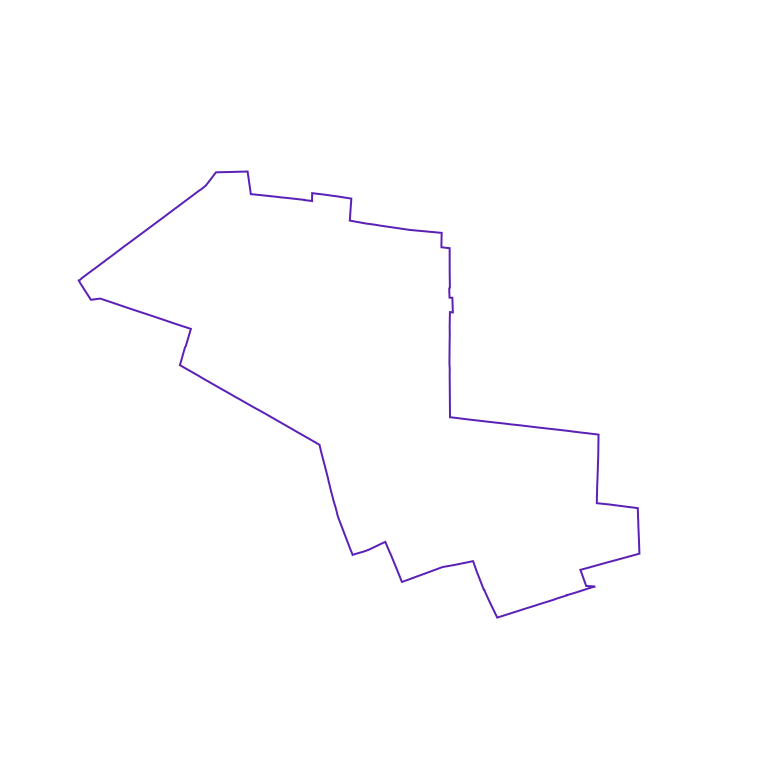 outline of Glodeanu-Silistea, Buzau, Romania, rotated 37°
{"feature_id": "2599482B12439235615588", "entity_name": "Glodeanu-Silistea", "entity_type": "district", "adm_level": 2, "iso_a3": "ROU", "parent_name": "Romania", "parent_adm1": "Buzau", "projection": "robinson", "projection_center": [26.776, 44.841], "detail": "fine", "context": "isolated", "style": "outline", "palette": "violet", "viewbox_px": 768, "rotation_deg": 37, "n_neighbors": 0, "source": "geoboundaries", "source_scale": "gbopen_adm2", "svg_char_len": 3887}
<svg xmlns="http://www.w3.org/2000/svg" viewBox="0 0 768 768"><g transform="rotate(37 384 384)"><path d="M99.3,493.1L105.3,487.2L106.1,486.5L110.3,485.1L116.3,483.1L117.4,482.7L125.4,480.1L136.0,476.6L155.2,470.1L172.6,464.3L179.7,462.0L187.0,459.5L196.6,456.2L202.8,472.7L203.1,474.7L203.4,475.5L206.4,483.3L208.7,489.2L209.1,490.2L209.6,491.6L209.7,491.8L212.5,491.4L213.5,491.3L220.4,490.4L228.3,489.4L229.9,489.2L234.5,488.7L238.6,488.2L244.6,487.4L248.8,486.9L256.7,485.9L261.1,485.3L268.8,484.3L271.6,484.0L277.7,483.1L278.5,483.0L283.3,482.4L292.8,481.2L302.9,479.7L319.4,477.6L345.8,474.3L357.4,472.8L369.1,471.4L372.6,474.3L374.0,475.5L383.8,483.3L384.0,483.4L391.9,489.7L394.5,491.8L396.3,493.2L398.2,494.9L401.8,497.8L406.2,501.5L410.4,504.7L413.8,507.5L416.7,509.6L419.6,511.7L420.2,512.2L422.8,514.2L425.0,516.1L425.8,516.7L427.8,518.1L428.2,518.4L456.2,536.0L460.6,538.6L461.3,539.0L461.8,539.4L462.9,537.7L466.7,532.6L468.1,530.8L470.9,526.6L471.3,526.1L478.1,512.9L478.5,512.1L480.1,509.3L480.9,509.8L488.8,514.4L490.8,515.4L491.1,515.6L493.2,516.8L498.6,520.0L508.2,525.7L517.4,531.3L517.5,531.3L526.7,517.0L534.8,504.5L540.7,495.3L542.0,493.8L546.2,489.3L550.0,485.2L553.8,480.9L555.6,478.9L558.9,475.1L561.7,471.9L562.3,472.3L562.7,472.5L570.5,477.7L572.3,478.8L579.4,483.2L584.7,486.5L586.9,487.8L587.5,488.3L587.9,488.0L588.9,488.6L589.3,488.9L592.8,490.8L598.1,493.7L602.2,495.8L615.0,502.4L621.1,493.9L627.1,485.4L631.6,479.0L637.5,470.8L640.9,465.9L646.4,458.3L649.4,454.1L649.7,453.7L649.9,453.1L652.6,449.3L656.0,444.5L657.3,442.7L657.0,442.4L658.0,441.5L659.0,440.1L661.6,436.6L665.8,430.7L669.7,425.1L673.4,419.9L674.1,419.4L673.8,419.1L667.0,423.6L652.7,414.2L656.7,409.1L669.4,392.5L674.7,385.7L680.9,377.7L690.1,365.8L681.7,355.4L672.5,344.2L668.8,339.5L666.7,337.1L665.4,335.4L664.3,334.0L663.2,332.7L663.0,332.4L662.0,331.2L661.8,330.9L661.4,330.4L655.6,333.7L649.9,337.0L647.9,338.1L642.1,341.4L636.3,344.7L625.7,351.1L622.4,346.6L616.6,338.5L615.8,337.4L612.0,331.9L605.7,322.9L598.5,312.7L593.4,305.7L585.8,295.3L583.9,296.4L580.3,298.5L576.7,300.6L575.7,301.1L572.6,303.0L564.3,307.8L560.2,310.1L549.6,316.3L540.2,321.9L531.0,327.3L517.2,335.3L513.9,337.3L512.6,338.1L509.6,339.9L505.2,342.4L498.9,346.1L496.8,347.4L492.2,350.1L487.6,352.8L474.0,360.8L466.9,364.9L463.9,366.6L456.7,370.8L444.3,354.6L431.5,337.9L427.1,332.0L423.8,328.1L423.5,327.7L415.6,317.0L408.6,307.5L408.5,307.3L407.9,306.5L406.2,304.2L402.4,299.3L397.5,292.6L393.4,286.9L395.9,285.4L386.7,274.0L384.4,275.6L380.7,271.1L378.5,268.3L378.7,267.5L369.2,255.2L359.9,242.9L355.7,237.4L354.9,236.2L354.7,236.0L352.6,237.3L347.6,240.2L347.4,239.9L346.4,238.7L339.1,228.6L328.1,235.4L320.5,240.1L312.1,245.3L286.0,259.6L281.4,262.0L278.1,263.8L276.0,265.0L273.4,266.5L259.9,273.3L258.3,274.1L257.1,272.1L254.0,267.4L251.3,263.3L248.3,258.6L247.0,256.6L246.3,255.6L237.7,260.2L235.7,261.2L231.6,263.5L227.9,265.6L223.7,267.9L211.8,274.8L215.4,279.8L216.5,281.2L216.0,281.5L215.0,281.9L212.4,283.5L209.8,285.0L209.7,284.8L206.8,286.5L205.9,287.1L204.7,287.8L202.8,288.9L201.3,289.8L199.8,290.7L194.7,293.7L188.5,297.5L185.8,299.0L185.3,299.3L180.2,302.4L177.0,304.2L177.0,304.3L171.6,307.5L163.4,312.5L147.2,296.4L131.1,309.2L123.1,315.5L122.4,316.1L122.4,322.7L122.3,332.2L122.0,333.9L121.5,335.8L120.8,338.5L119.9,341.1L119.0,344.1L117.8,348.4L116.4,353.2L115.3,356.9L114.1,361.1L111.5,370.0L110.8,372.4L109.7,376.1L107.4,384.2L104.2,395.0L102.9,399.4L101.4,404.5L99.9,409.7L99.7,410.3L93.3,431.9L90.8,440.7L89.9,444.0L89.1,446.8L88.1,450.0L87.5,452.0L87.1,453.7L85.7,458.3L84.3,463.2L82.9,467.9L80.8,474.9L79.8,478.5L79.0,481.3L78.8,482.0L78.9,482.4L78.5,484.0L77.9,485.0L78.1,485.1L79.5,485.7L81.1,486.4L84.9,487.8L86.9,488.6L87.5,488.8L88.8,489.3L91.3,490.2L91.9,490.4L92.4,490.6L96.7,492.2L96.9,492.2L98.5,492.9L99.3,493.1Z" fill="none" stroke="#5b21b6" stroke-width="2"/></g></svg>